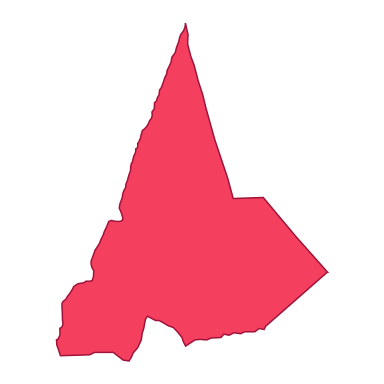 outline of At Tadamon - SK, South Kordufan, Sudan
{"feature_id": "16777658B49478662281146", "entity_name": "At Tadamon - SK", "entity_type": "district", "adm_level": 2, "iso_a3": "SDN", "parent_name": "Sudan", "parent_adm1": "South Kordufan", "projection": "natural_earth1", "projection_center": [31.568, 12.176], "detail": "fine", "context": "isolated", "style": "filled", "palette": "rose", "viewbox_px": 384, "rotation_deg": 0, "n_neighbors": 0, "source": "geoboundaries", "source_scale": "gbopen_adm2", "svg_char_len": 2237}
<svg xmlns="http://www.w3.org/2000/svg" viewBox="0 0 384 384"><path d="M56.5,339.7L56.6,341.7L56.7,343.4L56.8,344.8L57.2,346.1L57.7,347.5L58.8,350.5L59.7,353.5L60.4,355.7L74.2,355.3L86.2,354.9L89.7,354.8L94.6,352.4L113.3,352.4L123.0,360.0L129.1,361.0L131.6,356.7L133.2,352.9L137.7,347.7L141.3,339.9L142.1,333.7L143.8,328.1L145.4,319.5L147.4,316.2L155.6,320.5L159.2,320.5L163.3,322.8L168.2,325.7L173.4,327.6L177.1,331.4L182.0,337.5L183.2,341.3L185.6,346.1L195.0,339.9L199.9,339.4L206.8,339.9L211.2,338.0L217.6,337.7L221.0,337.5L223.8,334.2L229.1,335.2L234.0,332.8L237.0,333.2L240.5,333.7L244.6,331.8L254.7,331.8L259.2,328.5L264.1,329.5L265.7,326.2L296.4,299.3L327.4,272.1L327.5,272.1L327.2,271.8L326.9,271.5L324.2,268.4L296.2,236.9L263.4,197.7L263.2,197.5L233.7,198.5L233.2,198.5L227.9,179.0L226.0,173.2L214.9,140.1L205.9,107.9L202.7,94.6L198.2,80.9L194.2,65.6L194.1,65.1L190.9,56.7L187.7,44.4L187.7,41.8L188.0,34.4L187.3,31.5L185.4,23.0L185.3,24.5L185.1,26.8L183.5,30.9L180.7,34.6L179.5,38.0L178.6,42.0L176.6,47.2L175.2,52.7L171.9,57.2L170.9,62.6L169.1,66.4L167.1,70.5L166.7,73.8L164.8,77.6L162.6,84.4L161.0,88.2L159.6,89.9L159.1,94.6L157.3,98.0L156.5,101.0L154.5,102.7L154.3,108.6L152.0,112.0L152.2,115.6L151.4,118.5L149.6,120.6L148.4,123.7L146.8,126.3L144.5,128.9L142.5,130.3L141.3,134.1L140.5,137.9L139.0,141.5L137.6,143.6L137.8,146.2L137.0,148.3L135.8,148.8L135.8,150.9L135.2,153.3L133.8,155.9L133.1,158.8L132.3,162.3L131.3,163.5L130.7,167.1L130.5,170.6L129.3,173.9L128.5,176.5L127.5,180.3L126.0,183.9L125.6,187.5L123.6,191.2L122.6,194.6L122.4,196.9L121.4,200.0L120.1,203.3L119.5,206.2L119.3,208.3L120.5,210.9L121.6,213.8L122.6,217.1L122.8,219.2L121.6,220.9L119.7,221.4L116.7,221.4L113.8,221.1L111.6,220.4L108.8,221.4L106.7,226.6L104.3,231.6L103.1,235.2L101.0,239.4L99.4,243.5L97.2,247.0L95.1,250.1L93.5,254.6L92.1,258.4L91.1,261.2L91.1,263.6L91.7,266.9L93.7,270.7L93.5,276.4L92.1,280.7L89.3,281.2L86.0,281.2L84.6,282.3L82.3,283.1L80.1,283.3L77.5,284.0L73.6,286.6L72.6,289.0L71.2,291.1L69.7,293.7L67.5,296.3L65.7,299.4L63.0,301.5L62.0,303.4L62.0,307.2L62.4,315.1L62.4,319.3L63.0,323.6L62.4,326.0L61.4,327.6L59.8,328.3L60.0,333.6L59.8,335.7L58.3,338.3L57.9,339.5L56.5,339.7Z" fill="#f43f5e" stroke="#9f1239" stroke-width="1.5"/></svg>